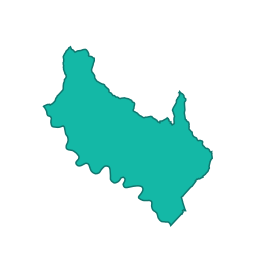 Turburea, Gorj, Romania (Equal Earth projection), rotated 307°
{"feature_id": "2599482B10201715191375", "entity_name": "Turburea", "entity_type": "district", "adm_level": 2, "iso_a3": "ROU", "parent_name": "Romania", "parent_adm1": "Gorj", "projection": "equal_earth", "projection_center": [23.554, 44.693], "detail": "fine", "context": "isolated", "style": "filled", "palette": "teal", "viewbox_px": 256, "rotation_deg": 307, "n_neighbors": 0, "source": "geoboundaries", "source_scale": "gbopen_adm2", "svg_char_len": 5803}
<svg xmlns="http://www.w3.org/2000/svg" viewBox="0 0 256 256"><g transform="rotate(307 128 128)"><path d="M186.0,156.6L186.0,155.0L186.2,154.4L187.5,153.1L187.8,152.2L188.0,150.8L187.8,150.0L187.9,148.4L188.2,147.3L187.9,147.4L187.4,147.4L187.7,147.7L187.6,147.9L186.8,148.1L186.8,148.4L186.2,148.5L185.9,148.8L185.9,149.0L184.5,149.6L183.6,149.7L181.9,149.6L181.0,149.9L179.7,149.9L178.8,150.3L177.8,151.1L177.2,151.4L171.3,152.1L169.2,152.7L168.9,152.9L167.6,155.1L166.9,155.7L166.8,156.1L166.0,157.3L165.0,158.4L163.8,158.7L162.0,159.9L161.2,160.9L160.5,161.1L160.0,161.9L159.6,162.1L158.7,162.1L157.0,161.4L157.0,161.1L157.5,160.7L157.6,160.3L157.7,160.0L157.4,159.5L157.4,159.0L158.0,159.0L158.4,158.7L158.1,158.6L158.1,158.3L158.2,157.9L158.4,157.5L158.4,156.2L159.1,155.8L159.2,155.6L159.1,155.2L159.7,154.6L159.7,153.2L159.1,153.3L158.9,153.2L155.8,151.8L154.3,151.2L152.7,149.4L152.2,149.6L151.7,150.2L151.3,150.3L151.3,149.5L150.9,148.3L151.1,147.2L151.5,146.5L151.3,145.6L151.5,145.0L151.3,144.5L151.4,144.2L151.1,143.6L151.2,143.2L151.1,142.8L151.2,142.5L151.0,141.7L151.1,141.1L151.5,140.2L151.0,139.4L151.0,139.2L148.0,136.6L147.2,135.5L145.8,134.6L145.4,133.4L145.4,131.5L145.2,131.0L145.0,129.7L145.1,128.1L145.4,127.0L145.4,125.8L145.1,124.7L145.1,123.8L144.9,123.3L144.9,121.8L145.6,121.2L147.2,120.9L148.8,119.9L150.1,119.4L151.3,118.7L151.6,118.3L151.9,117.4L151.4,115.9L152.2,114.2L151.8,112.4L151.6,110.9L150.9,109.3L150.5,108.6L150.0,107.1L147.7,104.7L147.0,104.3L146.4,103.1L146.3,102.5L146.5,102.0L146.3,100.9L145.4,99.6L145.5,99.0L145.6,98.8L145.7,97.7L145.4,97.1L144.8,96.5L145.7,93.7L145.4,91.8L145.4,91.3L145.8,90.6L146.8,90.0L147.2,89.0L147.3,88.4L147.3,87.1L147.5,86.3L147.4,85.6L147.5,84.9L147.7,84.3L148.2,83.5L148.3,83.0L148.2,82.2L147.6,80.9L147.2,79.1L146.7,74.9L147.6,72.1L147.8,71.5L149.8,69.7L150.8,67.0L151.1,65.4L152.3,64.0L153.5,63.4L157.4,62.1L158.5,61.5L161.4,60.6L163.4,59.0L163.0,58.1L163.0,57.2L163.2,56.2L162.1,53.9L161.9,53.2L162.2,52.8L163.3,52.3L163.8,51.7L164.9,49.6L165.3,47.9L165.3,47.2L165.1,46.6L164.0,45.4L163.1,44.7L161.5,43.7L159.3,41.4L158.0,40.7L157.0,40.3L156.7,40.0L156.7,39.4L157.0,38.5L157.2,36.9L156.8,35.5L158.2,33.2L157.4,33.0L156.4,32.5L155.4,32.8L152.0,32.3L150.9,32.7L149.6,32.7L148.7,32.8L148.3,33.0L147.6,33.0L145.9,33.4L143.8,35.7L143.3,35.9L142.3,36.7L141.2,36.9L139.7,38.2L139.0,39.2L137.6,39.8L137.1,40.6L136.3,41.0L134.9,43.0L134.3,44.1L134.0,44.6L133.8,44.5L133.3,45.3L133.2,45.6L133.1,46.6L132.4,47.1L131.8,47.9L130.4,48.2L128.4,48.1L127.1,49.1L124.8,49.7L122.6,51.0L120.3,52.7L119.2,53.1L114.3,52.7L111.8,52.4L111.2,52.2L109.6,52.6L108.9,52.5L107.4,52.8L106.7,53.2L106.0,53.5L104.9,53.3L104.1,53.4L102.2,53.0L101.0,52.7L100.9,52.5L99.5,52.0L99.6,51.8L99.8,51.6L99.7,51.1L99.0,50.4L98.3,49.5L94.8,47.6L94.3,47.6L94.2,49.0L92.8,52.1L92.2,53.1L90.3,55.1L89.8,56.1L89.7,56.9L90.3,58.3L90.4,59.2L90.0,60.5L89.3,61.2L87.6,62.0L85.9,63.2L84.3,65.0L83.7,66.2L83.7,66.8L84.1,67.9L86.0,71.1L86.7,72.0L87.7,73.0L90.6,74.9L90.6,76.1L90.2,76.9L85.8,81.8L85.2,83.2L84.8,84.8L83.7,86.2L82.2,87.6L81.5,87.9L79.9,88.6L77.7,89.0L76.6,89.4L75.3,90.3L74.6,91.2L74.5,92.0L74.7,93.3L76.7,97.3L76.9,98.8L76.9,100.3L76.9,101.9L76.6,103.2L76.0,105.5L75.7,106.0L74.6,106.8L73.4,107.2L70.5,107.0L69.3,107.1L68.3,107.9L67.8,108.9L67.8,110.9L68.7,112.3L70.0,113.3L74.2,115.3L75.0,116.4L75.3,117.3L75.3,117.9L75.1,118.9L72.2,123.2L71.6,124.5L71.4,125.4L71.3,126.8L71.5,128.2L71.8,129.3L72.1,129.8L73.3,131.0L75.0,131.9L76.4,131.9L78.3,131.7L80.5,131.8L82.9,132.2L83.7,132.6L84.5,133.4L85.0,134.2L85.4,135.2L85.5,135.9L85.4,136.8L84.5,138.1L83.8,138.9L79.5,142.6L76.8,144.6L76.4,145.0L75.7,146.8L75.7,149.6L76.1,150.4L76.9,151.2L78.9,152.3L80.8,152.7L83.9,152.5L84.5,152.8L85.9,153.8L85.9,155.4L85.8,155.8L85.2,156.6L83.5,157.4L80.4,157.9L80.0,158.1L79.0,159.5L78.7,160.5L78.7,161.2L78.8,161.6L79.8,163.0L84.9,167.5L87.4,170.2L88.2,171.3L89.0,172.8L89.4,174.2L89.3,175.0L88.6,176.4L87.6,177.1L86.4,177.6L84.1,177.9L80.1,177.8L79.2,178.0L78.7,178.5L78.5,179.0L78.6,181.1L79.2,183.5L79.9,184.7L82.1,187.6L82.7,188.2L83.3,189.3L83.5,190.4L83.3,191.3L82.5,192.2L79.9,193.8L78.3,195.7L77.6,197.0L77.4,198.5L77.6,199.8L77.4,202.2L76.4,203.7L74.4,206.2L73.6,208.6L73.5,210.0L73.5,211.0L73.9,211.8L75.2,213.8L75.5,214.5L76.9,216.4L77.2,217.3L76.9,218.9L76.6,219.6L75.8,220.8L90.2,222.3L90.7,222.2L91.0,222.5L91.6,222.4L91.7,222.9L92.0,223.0L93.2,222.6L93.4,222.4L94.0,222.6L94.9,221.8L95.0,221.3L95.6,221.6L96.4,221.7L96.4,222.7L96.1,223.1L96.6,223.7L97.5,222.1L99.2,219.7L101.4,216.6L101.8,216.2L104.8,212.3L106.4,212.6L106.6,212.8L108.7,212.8L117.7,213.6L119.0,213.8L120.1,214.3L126.2,214.2L126.3,213.6L128.2,213.8L128.4,213.8L128.4,214.1L130.1,214.8L130.0,215.3L130.7,215.9L131.1,216.1L131.3,216.0L132.3,216.6L133.2,216.7L133.3,216.8L133.3,217.2L133.8,217.5L134.4,216.9L134.9,216.8L137.6,217.6L138.9,217.6L141.5,217.9L144.3,217.1L144.7,217.2L145.4,216.7L146.0,215.9L147.7,215.1L150.7,213.8L152.2,213.5L152.7,213.3L154.5,213.5L156.2,211.9L156.4,211.5L156.8,211.3L157.7,210.4L158.1,210.3L158.1,210.0L159.4,209.1L158.8,208.8L158.5,208.2L158.6,207.5L159.4,206.0L159.6,205.0L159.4,203.6L158.8,202.8L158.6,202.2L158.7,201.1L159.1,199.5L159.1,198.3L159.7,197.5L160.6,196.5L161.8,196.1L162.2,195.0L161.8,194.2L161.7,193.5L161.3,192.8L160.2,191.8L160.1,191.5L160.2,190.4L160.6,189.7L160.9,189.4L161.1,189.0L161.0,188.8L161.2,188.2L161.1,187.7L160.9,187.4L160.7,185.7L161.1,184.1L162.0,182.9L163.3,181.7L163.3,181.3L163.1,180.5L163.3,180.2L163.6,179.1L163.7,177.8L164.3,177.0L165.9,176.0L166.6,175.2L167.7,174.6L168.5,173.7L169.1,172.7L168.9,171.6L169.0,170.7L169.1,170.3L169.5,169.6L169.4,168.6L173.7,164.1L174.6,163.5L176.6,162.6L180.7,159.0L182.4,157.7L182.9,157.5L183.9,157.6L184.8,157.5L186.0,156.6Z" fill="#14b8a6" stroke="#0f766e" stroke-width="1.5"/></g></svg>